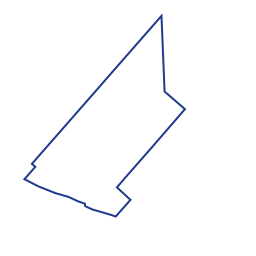 Martin, Florida, United States of America (Natural Earth projection), rotated 131°
{"feature_id": "52423323B2908823577252", "entity_name": "Martin", "entity_type": "district", "adm_level": 2, "iso_a3": "USA", "parent_name": "United States of America", "parent_adm1": "Florida", "projection": "natural_earth1", "projection_center": [-80.305, 27.11], "detail": "fine", "context": "isolated", "style": "outline", "palette": "blue", "viewbox_px": 256, "rotation_deg": 131, "n_neighbors": 0, "source": "geoboundaries", "source_scale": "gbopen_adm2", "svg_char_len": 454}
<svg xmlns="http://www.w3.org/2000/svg" viewBox="0 0 256 256"><g transform="rotate(131 128 128)"><path d="M76.4,97.4L76.5,124.3L21.4,176.3L102.2,176.6L115.4,176.6L211.3,177.0L211.5,177.0L218.1,177.0L218.1,172.5L234.6,172.6L230.8,157.2L224.8,140.1L219.0,127.6L216.0,117.3L213.4,111.0L213.8,110.6L215.1,109.1L212.9,101.6L204.6,83.5L202.9,79.2L180.6,79.0L180.1,97.4L167.9,97.5L128.3,97.3L76.4,97.4Z" fill="none" stroke="#1e3a8a" stroke-width="2"/></g></svg>